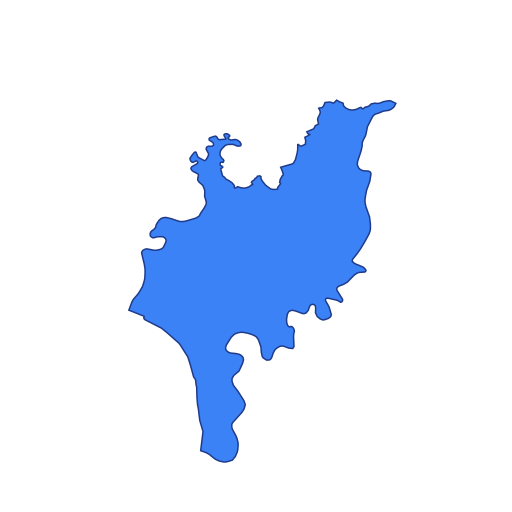 Hau Loc, Thanh Hóa, Vietnam, rotated 117°
{"feature_id": "81297802B47590181438391", "entity_name": "Hau Loc", "entity_type": "district", "adm_level": 2, "iso_a3": "VNM", "parent_name": "Vietnam", "parent_adm1": "Thanh Hóa", "projection": "robinson", "projection_center": [105.868, 19.933], "detail": "fine", "context": "isolated", "style": "filled", "palette": "blue", "viewbox_px": 512, "rotation_deg": 117, "n_neighbors": 0, "source": "geoboundaries", "source_scale": "gbopen_adm2", "svg_char_len": 6122}
<svg xmlns="http://www.w3.org/2000/svg" viewBox="0 0 512 512"><g transform="rotate(117 256 256)"><path d="M56.5,200.7L56.6,206.2L57.0,207.4L58.0,209.1L60.6,212.5L63.5,215.0L65.0,217.1L65.8,219.4L68.2,222.4L71.6,223.7L73.8,226.3L76.2,227.4L76.5,228.3L75.9,229.9L76.3,230.5L80.0,233.4L82.4,236.6L83.4,240.1L83.4,243.0L82.7,245.6L81.9,246.6L80.3,247.8L80.7,251.9L80.5,254.9L84.6,256.2L85.0,259.1L85.5,260.5L87.9,264.2L91.5,263.9L93.4,264.4L94.1,264.8L95.4,266.9L95.9,267.2L97.4,265.1L98.4,264.2L99.9,263.6L105.1,263.5L106.6,263.0L109.4,260.7L110.2,260.3L112.9,262.3L116.3,262.3L116.7,262.5L122.2,267.1L123.4,265.6L123.4,263.3L125.9,264.7L127.7,266.2L128.1,266.3L130.8,264.0L134.1,262.8L137.7,265.7L137.9,266.3L137.4,269.1L137.8,269.4L142.2,267.2L145.5,266.1L152.3,264.6L156.3,264.8L157.6,265.6L165.7,274.3L168.6,270.9L170.8,268.8L171.4,268.5L172.5,269.0L176.7,269.2L179.8,268.3L180.1,267.2L180.4,266.9L185.2,267.8L186.4,267.1L186.8,267.4L188.2,269.5L189.4,272.3L189.5,273.8L189.0,277.2L188.4,280.0L186.3,284.5L184.5,287.0L183.0,287.6L182.8,288.7L183.0,289.2L184.3,291.0L186.1,291.1L187.1,292.0L188.8,292.1L191.4,293.5L192.5,293.5L193.4,291.7L193.8,291.4L194.1,291.5L194.5,292.2L197.4,293.5L199.6,295.6L200.9,297.3L202.0,300.2L202.6,303.9L204.4,304.8L205.0,305.6L204.7,306.6L203.6,306.8L203.0,307.5L201.7,310.3L201.2,313.4L201.1,317.7L200.1,319.8L200.0,321.3L199.6,322.3L194.7,326.8L194.1,327.0L192.3,325.9L191.7,326.1L191.4,326.7L191.5,328.7L191.2,329.3L190.1,329.8L188.9,330.0L188.2,329.7L187.6,327.9L187.2,327.7L185.6,327.9L184.8,329.0L184.4,330.8L183.4,332.6L182.4,333.8L181.6,334.4L180.1,335.0L178.4,335.3L176.1,335.1L171.8,333.7L170.9,333.2L169.3,331.5L167.2,327.6L166.9,326.7L166.6,322.8L166.0,321.3L164.8,319.8L163.8,319.8L163.0,320.2L161.6,322.3L161.2,324.7L161.3,326.4L161.7,327.6L164.1,331.0L164.1,333.2L164.0,333.8L163.2,334.6L161.5,333.8L160.9,333.9L160.5,334.3L160.2,335.8L160.2,337.1L160.8,338.5L161.2,338.9L161.7,339.3L162.6,339.6L163.5,338.8L164.9,336.4L165.8,336.1L166.9,338.2L168.7,340.9L169.1,342.1L168.9,343.1L167.7,345.0L167.5,346.3L168.3,347.5L171.6,350.7L172.4,351.1L173.0,351.0L174.0,350.2L174.4,346.2L175.0,345.2L176.1,344.3L176.7,344.2L177.7,344.6L178.6,345.7L179.7,348.1L180.8,349.1L181.8,349.4L183.5,348.9L186.4,344.7L187.6,344.2L189.2,344.0L192.7,344.2L193.8,344.6L194.5,345.3L194.3,352.0L193.8,353.2L190.8,356.5L190.9,357.4L191.7,358.0L196.0,358.9L199.0,359.2L200.2,358.3L201.1,357.1L201.5,355.4L201.1,354.5L198.8,352.9L198.3,352.3L198.5,351.0L199.0,350.5L200.1,350.2L206.0,353.9L207.5,353.8L208.4,352.8L208.9,351.7L209.2,350.3L209.2,345.3L209.5,344.6L210.2,343.9L213.1,343.2L214.5,342.6L215.0,342.1L216.0,340.4L217.2,335.5L220.3,331.9L222.0,330.8L226.1,328.9L230.6,324.7L232.9,323.9L237.4,324.0L242.2,324.7L246.0,324.8L246.8,325.1L249.5,326.8L256.4,334.0L257.9,335.9L259.3,338.3L259.8,339.6L260.5,343.2L261.2,348.4L262.5,353.7L263.8,355.8L265.5,357.5L268.2,358.6L271.4,359.0L273.4,359.1L276.2,358.4L278.7,359.1L281.4,360.5L282.9,360.7L284.6,360.3L286.1,359.2L286.4,358.6L286.7,356.6L286.4,355.6L284.0,353.0L282.8,351.1L281.1,347.8L281.2,346.1L281.6,344.5L282.4,343.6L283.2,343.0L285.4,342.6L289.9,342.5L291.1,342.7L292.6,343.5L294.2,345.0L296.4,347.8L297.3,350.0L299.0,355.9L299.9,357.6L302.0,359.2L303.7,359.6L304.7,359.5L305.7,358.9L313.8,352.0L317.6,349.2L320.9,347.4L324.9,345.6L327.9,344.5L332.5,343.6L335.0,343.3L341.0,343.6L343.8,344.0L350.3,345.6L353.2,345.7L362.0,344.7L360.5,328.7L360.8,328.0L361.9,328.0L362.6,327.4L363.0,326.8L363.2,325.5L363.2,307.6L364.7,300.4L368.8,284.7L369.8,282.8L376.8,271.0L382.8,265.1L391.7,257.0L392.4,256.2L392.9,254.7L394.3,253.3L398.8,250.3L399.3,249.6L409.7,243.9L415.3,240.4L417.9,238.3L428.1,231.4L436.5,223.5L454.6,216.9L453.9,211.8L453.9,208.0L455.5,200.3L455.4,196.2L454.9,193.9L454.2,191.2L453.3,189.5L451.4,187.2L448.6,184.4L444.0,183.4L439.4,183.7L436.9,184.3L432.9,185.9L430.4,187.3L426.9,190.4L425.0,192.7L421.3,198.1L419.7,199.7L417.1,201.1L416.2,201.2L414.5,201.0L401.4,197.5L397.7,197.2L394.3,197.8L393.0,198.3L390.4,201.1L384.7,210.7L381.6,217.2L378.5,220.5L376.0,221.7L372.3,221.5L366.2,218.9L357.7,219.2L354.1,220.0L352.4,221.4L351.8,222.4L351.2,224.7L351.2,226.3L352.0,229.5L354.1,234.9L354.2,237.1L354.0,238.1L353.6,239.5L352.9,240.6L351.4,241.5L348.9,242.0L339.6,241.2L335.9,239.9L334.4,238.9L332.5,237.1L331.1,235.2L330.0,233.2L328.5,228.1L327.8,223.9L327.7,220.4L328.0,218.6L329.6,215.8L334.8,210.3L339.3,207.6L342.6,204.9L343.5,203.3L343.9,200.2L343.9,199.1L342.3,196.6L340.8,196.0L339.3,195.9L334.7,196.6L331.6,196.6L329.1,195.9L327.1,194.7L325.6,193.7L324.3,191.9L323.7,189.5L323.2,185.1L321.8,181.3L319.5,181.0L310.3,186.2L307.4,187.3L305.9,187.5L304.4,188.5L303.2,190.1L302.6,192.0L303.0,193.0L304.0,194.0L303.9,195.4L302.9,197.0L301.2,198.5L298.6,200.0L294.1,201.5L291.5,201.7L290.5,201.4L289.1,200.5L287.8,198.9L287.0,195.5L286.1,188.1L285.1,186.4L284.1,185.6L281.5,184.9L280.4,184.8L277.3,185.3L275.5,185.3L274.3,184.7L273.6,184.0L273.1,183.0L273.0,181.6L273.3,180.8L273.9,180.2L275.1,179.3L279.6,177.2L282.1,174.0L282.9,170.5L282.7,167.6L281.8,166.1L279.0,163.4L277.1,162.3L275.7,161.9L273.9,162.4L269.2,166.8L267.6,168.6L264.1,174.0L262.6,174.4L261.9,174.2L261.2,173.3L260.8,172.3L258.8,164.4L258.6,163.0L258.8,159.7L258.4,159.1L257.7,158.6L256.3,158.6L255.3,159.2L249.7,168.4L248.5,169.3L247.0,169.3L245.4,168.6L241.6,165.2L237.7,162.7L228.6,159.9L225.6,158.3L224.1,157.0L223.3,155.8L221.0,152.0L220.5,151.5L219.5,151.3L218.9,151.5L218.4,152.1L217.6,154.0L217.3,155.2L217.5,159.6L217.9,163.5L217.8,165.3L217.1,167.7L216.5,168.2L214.9,168.4L207.7,166.9L201.9,166.1L192.7,165.5L185.0,165.3L182.1,165.7L180.0,166.3L175.7,168.5L169.7,172.5L162.1,180.5L159.3,182.8L156.5,184.4L152.5,185.8L147.3,187.3L137.9,188.5L131.2,190.6L130.2,191.2L129.6,191.7L129.3,192.5L129.2,193.4L129.4,194.7L131.0,198.2L131.6,200.6L131.5,202.8L130.8,204.7L129.2,206.7L128.3,207.4L125.7,208.4L114.5,210.1L109.7,211.4L106.6,212.8L103.7,213.1L99.9,213.0L97.6,213.3L90.2,215.4L78.7,215.4L76.0,214.5L74.7,213.4L73.1,211.7L69.2,208.4L65.9,203.8L64.0,202.3L61.7,201.1L60.0,200.7L56.5,200.7Z" fill="#3b82f6" stroke="#1e3a8a" stroke-width="1.5"/></g></svg>